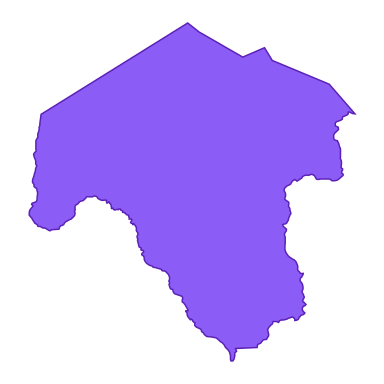 outline of Los Chiles, Alajuela, Costa Rica
{"feature_id": "36466004B82753262426654", "entity_name": "Los Chiles", "entity_type": "district", "adm_level": 2, "iso_a3": "CRI", "parent_name": "Costa Rica", "parent_adm1": "Alajuela", "projection": "albers", "projection_center": [-84.675, 10.857], "detail": "fine", "context": "isolated", "style": "filled", "palette": "violet", "viewbox_px": 384, "rotation_deg": 0, "n_neighbors": 0, "source": "geoboundaries", "source_scale": "gbopen_adm2", "svg_char_len": 6016}
<svg xmlns="http://www.w3.org/2000/svg" viewBox="0 0 384 384"><path d="M354.9,113.8L329.2,84.2L272.3,60.5L264.5,47.7L242.7,57.1L199.1,32.0L187.7,23.0L41.1,114.3L39.9,123.2L39.8,125.8L39.5,126.2L39.1,127.2L39.1,130.2L37.8,134.0L37.8,137.4L36.3,139.7L35.9,141.0L35.9,149.6L36.1,149.9L36.1,151.0L35.6,151.7L35.3,151.9L34.0,153.4L33.6,154.2L33.7,155.2L34.1,156.0L34.2,157.1L35.5,160.0L35.7,161.1L35.7,164.1L36.8,165.7L35.7,168.4L35.1,172.1L34.6,173.0L34.0,175.7L32.6,179.7L32.5,182.4L34.0,184.5L34.0,186.2L34.3,186.8L35.0,187.5L36.6,188.4L37.3,191.8L37.5,191.9L37.6,194.5L37.2,196.1L37.1,199.4L36.5,201.3L35.4,202.1L32.4,203.1L31.9,203.5L31.6,204.6L32.8,205.4L32.8,206.4L30.2,209.5L29.8,210.3L29.3,211.8L29.3,214.4L29.1,214.9L30.6,217.0L31.7,217.9L32.3,219.3L34.3,222.2L34.6,223.0L37.3,224.7L37.7,226.0L38.2,226.4L40.4,226.5L42.6,227.9L45.3,228.2L48.9,230.4L50.1,230.8L51.5,229.8L52.0,229.7L58.9,229.2L59.1,229.0L59.1,228.5L59.8,226.8L60.3,226.1L61.3,225.6L62.0,225.5L63.6,224.7L64.5,223.0L65.7,221.7L67.8,220.7L68.6,220.1L70.8,219.2L71.4,218.8L72.0,218.1L72.8,217.7L73.1,217.1L74.5,215.7L75.0,214.0L75.0,212.3L74.7,211.8L74.6,211.2L75.2,209.7L75.0,208.5L75.0,206.6L75.5,205.6L76.3,204.7L77.7,204.0L79.8,201.6L81.3,201.0L82.9,200.7L83.9,200.0L84.2,199.4L85.6,198.5L86.1,197.5L86.8,196.7L92.3,196.9L94.3,195.9L96.6,196.5L96.9,196.7L97.5,197.9L98.1,198.6L99.9,199.6L101.6,200.3L103.6,200.3L104.4,200.1L106.4,200.2L106.5,202.0L107.0,203.1L107.8,202.7L108.4,201.9L108.9,201.9L109.3,202.2L109.6,203.2L110.8,204.3L111.4,207.0L111.5,208.4L111.8,208.6L112.2,208.6L112.9,208.2L113.5,209.2L114.4,210.0L115.2,210.0L116.5,209.4L118.4,209.7L119.3,208.8L120.3,209.0L120.8,210.2L122.3,210.7L122.6,210.9L122.6,212.3L124.7,212.6L125.1,213.4L125.9,213.7L126.4,214.7L128.5,215.2L128.7,216.9L129.4,218.0L129.2,219.1L131.3,219.1L131.8,219.5L131.6,220.7L130.6,222.1L130.7,222.7L131.2,223.2L132.8,223.7L132.8,225.2L133.1,224.0L133.4,223.7L133.8,223.8L135.0,225.2L135.8,226.7L136.4,227.2L136.3,230.7L137.4,232.2L138.0,233.9L138.0,234.3L137.2,235.8L137.0,237.2L137.8,238.8L137.5,240.4L139.0,246.6L139.4,247.2L141.2,248.1L141.2,249.0L140.9,249.5L141.1,250.1L143.2,250.5L143.5,250.7L143.6,252.1L142.5,252.9L141.7,253.9L141.7,254.6L141.9,255.0L143.2,255.8L143.8,256.5L144.1,257.3L144.3,259.7L145.1,261.4L146.7,263.4L149.2,265.1L150.4,265.6L152.0,265.9L153.0,267.1L153.8,267.4L155.7,267.5L156.3,267.9L161.3,269.3L161.8,269.9L161.8,270.4L162.3,270.8L164.6,271.0L165.7,271.5L166.9,272.9L168.3,274.3L169.1,275.8L169.1,276.3L169.5,276.8L169.6,277.5L169.4,280.0L168.9,280.8L168.9,281.3L169.5,282.2L169.5,283.1L169.1,284.2L169.1,284.9L170.2,288.3L170.7,289.0L172.5,289.4L172.9,289.8L173.0,291.2L173.4,292.2L174.1,293.2L174.8,293.8L181.7,296.2L182.2,296.8L182.7,297.8L182.7,298.6L182.2,299.9L182.2,301.8L182.7,302.3L183.5,302.7L184.4,304.0L185.1,304.6L185.4,305.4L188.0,309.9L188.1,310.6L185.8,310.8L185.7,311.3L186.5,312.2L187.1,313.2L187.1,314.6L187.6,316.2L189.2,318.5L190.4,319.8L190.5,319.8L190.8,319.3L191.2,319.1L192.2,319.8L192.8,321.2L193.9,322.1L193.9,322.4L194.9,322.8L194.7,325.2L195.5,326.4L196.4,327.1L200.8,329.2L201.3,329.9L201.4,331.0L202.0,332.0L203.3,332.7L204.4,334.6L206.5,336.3L207.2,336.6L211.3,336.9L215.9,337.8L217.3,338.7L220.5,341.7L222.4,342.9L224.0,344.6L225.4,347.2L228.2,350.1L229.4,351.9L230.4,355.2L230.5,359.6L230.9,360.8L231.2,361.0L232.9,360.9L233.9,359.4L234.7,356.4L234.9,352.8L236.6,351.3L235.5,348.5L257.1,347.5L257.6,344.8L258.1,344.2L260.2,343.4L260.8,343.0L263.0,340.1L264.1,339.7L266.4,339.4L266.8,339.0L267.4,337.7L268.4,336.2L268.7,335.0L268.7,334.4L267.6,329.6L268.9,327.3L271.0,325.0L271.9,324.5L272.5,323.6L272.8,322.1L273.3,321.5L277.1,321.6L278.3,322.5L279.0,321.9L279.3,321.0L280.4,320.2L280.8,320.1L283.1,320.0L285.3,319.6L286.4,319.1L287.0,319.1L288.6,318.1L289.9,317.9L291.6,317.1L292.9,317.1L293.9,318.1L294.2,318.1L294.8,319.2L294.8,320.5L297.1,320.1L297.2,319.8L298.0,319.5L298.6,318.8L299.2,317.4L299.9,316.8L300.7,315.6L302.3,314.8L303.5,314.5L304.6,313.5L304.8,313.0L304.8,312.7L303.3,311.7L303.0,310.8L302.7,310.7L302.3,309.8L302.3,308.5L303.1,306.5L303.6,306.1L304.5,305.9L305.3,305.4L306.0,304.4L304.7,303.2L303.9,302.2L303.3,301.9L302.9,301.0L302.7,300.9L302.9,299.8L303.6,298.7L304.2,297.4L304.2,296.7L303.7,295.7L303.5,294.8L302.2,292.4L302.2,290.7L303.0,289.3L303.0,286.6L302.3,283.9L300.0,280.5L300.2,278.9L300.6,278.0L301.8,276.9L303.2,274.1L303.3,273.5L303.2,273.3L302.0,273.6L300.7,273.4L299.9,272.7L299.3,271.7L298.1,270.7L297.7,270.0L297.7,266.4L297.5,265.3L295.9,261.6L294.2,259.9L292.0,258.8L291.2,258.1L289.3,256.9L288.0,255.6L285.9,252.5L285.7,251.6L285.3,251.1L284.9,249.3L285.0,244.1L285.2,243.8L285.2,237.1L284.5,235.0L284.5,234.2L284.8,233.1L286.3,230.9L286.5,229.2L283.6,226.6L282.8,225.4L282.7,224.6L283.5,224.2L285.7,223.8L286.8,222.9L287.2,222.0L288.3,220.2L288.7,218.2L290.1,214.7L290.8,213.8L290.8,212.9L290.1,210.6L289.8,208.4L288.6,206.5L288.6,205.0L288.8,204.5L288.7,202.2L284.8,199.4L284.9,198.1L285.6,196.0L285.6,194.3L285.3,192.9L284.2,190.8L284.2,189.0L284.6,188.3L287.1,185.8L288.9,185.1L290.5,184.2L292.4,181.1L293.6,180.2L294.4,180.0L294.9,179.6L295.3,179.6L296.7,181.0L297.1,181.1L299.8,179.4L300.0,179.0L301.7,178.2L302.3,176.9L303.0,176.3L305.1,175.2L309.1,175.2L311.0,174.4L312.0,174.4L314.0,175.3L314.8,176.2L316.0,178.5L316.9,179.4L318.9,179.4L320.8,179.0L329.0,179.0L330.0,179.2L332.1,180.8L333.8,180.8L336.0,180.5L338.1,179.7L343.1,175.4L343.1,174.1L341.6,173.1L341.8,171.5L342.1,170.6L342.6,170.1L342.6,168.8L341.6,168.1L341.1,167.6L341.5,162.8L341.3,160.9L340.3,158.3L340.5,156.7L340.5,149.1L340.3,148.3L340.1,147.7L339.7,147.3L338.8,143.7L337.5,140.9L337.3,140.6L336.7,140.6L334.5,139.8L333.7,138.4L333.7,135.4L333.9,134.5L334.8,133.1L338.5,129.6L338.3,127.4L338.0,127.0L335.9,126.2L335.2,125.3L335.2,124.0L335.5,122.8L335.9,122.3L336.9,121.6L340.6,120.3L342.1,119.4L342.4,119.0L342.4,117.0L346.8,115.1L347.9,114.3L348.2,113.8L348.2,112.1L348.4,112.0L349.7,112.1L352.4,113.5L354.9,113.8Z" fill="#8b5cf6" stroke="#5b21b6" stroke-width="1.5"/></svg>